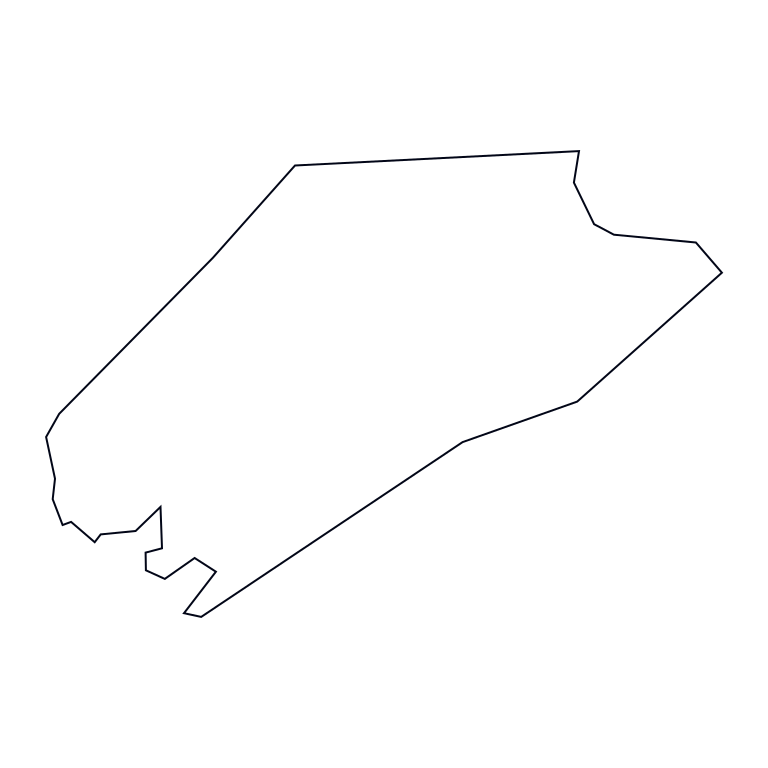 Webster, Kentucky, United States of America
{"feature_id": "52423323B51645732520918", "entity_name": "Webster", "entity_type": "district", "adm_level": 2, "iso_a3": "USA", "parent_name": "United States of America", "parent_adm1": "Kentucky", "projection": "equal_earth", "projection_center": [-87.761, 37.499], "detail": "fine", "context": "isolated", "style": "outline", "palette": "ink", "viewbox_px": 768, "rotation_deg": 0, "n_neighbors": 0, "source": "geoboundaries", "source_scale": "gbopen_adm2", "svg_char_len": 467}
<svg xmlns="http://www.w3.org/2000/svg" viewBox="0 0 768 768"><path d="M59.2,413.8L46.1,437.0L55.0,478.7L52.7,499.2L62.6,525.0L71.1,521.9L94.7,542.2L100.7,534.4L135.6,531.0L160.5,506.9L162.0,548.3L145.6,552.6L145.9,570.3L164.8,578.9L194.6,558.0L215.9,571.7L184.0,613.2L201.2,616.9L462.6,442.1L577.2,401.6L721.9,272.7L695.9,242.5L613.9,234.7L594.1,224.2L573.9,182.6L579.0,151.1L295.0,165.5L212.9,257.8L59.2,413.8Z" fill="none" stroke="#020617" stroke-width="2"/></svg>